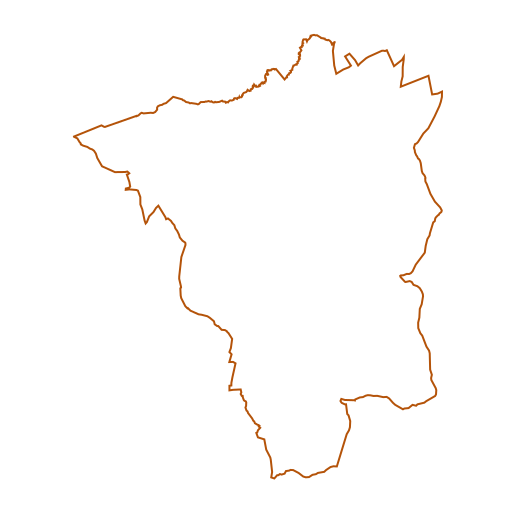 Voslabeni, Harghita, Romania (Robinson projection), rotated 91°
{"feature_id": "2599482B3089153619350", "entity_name": "Voslabeni", "entity_type": "district", "adm_level": 2, "iso_a3": "ROU", "parent_name": "Romania", "parent_adm1": "Harghita", "projection": "robinson", "projection_center": [25.647, 46.621], "detail": "fine", "context": "isolated", "style": "outline", "palette": "amber", "viewbox_px": 512, "rotation_deg": 91, "n_neighbors": 0, "source": "geoboundaries", "source_scale": "gbopen_adm2", "svg_char_len": 5901}
<svg xmlns="http://www.w3.org/2000/svg" viewBox="0 0 512 512"><g transform="rotate(91 256 256)"><path d="M390.8,280.2L390.2,276.6L389.7,269.0L392.6,268.3L394.2,268.9L396.1,267.8L396.1,266.9L397.6,266.7L400.2,265.7L400.8,265.2L401.6,263.6L402.6,263.2L406.1,263.3L407.7,263.9L410.7,262.8L411.6,261.7L413.0,261.3L418.5,257.0L420.8,255.8L421.4,254.9L423.2,254.2L424.7,251.6L425.0,250.5L425.7,249.6L426.5,250.2L427.7,248.8L430.2,251.0L432.4,251.7L432.9,252.6L437.3,250.9L439.2,244.5L449.4,242.4L457.2,238.2L459.3,237.7L471.7,236.1L477.1,236.9L478.1,233.8L474.8,231.0L474.8,229.8L473.6,228.3L474.1,226.6L473.1,223.6L470.5,222.3L470.0,219.1L469.3,217.8L469.4,215.1L472.2,209.6L475.7,204.9L476.4,202.3L476.1,199.1L473.8,195.7L473.1,192.3L471.8,190.3L470.6,184.0L468.8,182.2L465.7,177.8L464.9,174.9L465.0,171.5L432.6,162.2L428.7,160.0L425.6,159.1L419.4,158.9L413.7,160.7L412.4,162.0L402.7,163.4L402.8,164.5L401.4,167.6L400.8,168.2L399.5,169.0L397.4,168.2L398.4,164.6L398.5,155.0L398.7,154.6L397.7,154.3L395.6,149.7L395.2,146.6L393.8,144.0L393.2,141.9L393.3,139.2L393.9,136.1L393.7,132.3L394.9,126.3L394.6,122.9L396.1,120.4L400.4,116.5L402.4,114.2L406.7,106.4L405.9,105.0L405.4,100.8L402.1,96.9L402.9,93.3L401.5,92.0L399.7,85.1L398.2,83.3L392.8,74.4L391.2,73.6L387.0,73.4L385.0,74.0L377.0,78.5L375.0,78.8L371.7,78.1L366.6,79.9L350.3,80.6L347.6,81.3L343.6,84.0L332.7,88.4L330.4,90.3L325.3,92.5L319.8,92.7L314.8,91.6L306.0,91.3L301.4,89.5L293.4,88.3L291.3,88.5L288.6,89.6L285.3,91.7L283.4,94.1L282.1,98.0L279.2,99.9L278.4,101.9L279.4,106.0L279.2,106.6L274.5,111.1L273.4,111.5L272.9,110.9L272.7,108.3L271.3,105.0L271.3,102.6L270.5,100.9L268.6,99.2L261.8,96.1L249.7,87.3L242.9,86.5L236.2,85.0L232.4,82.8L230.2,82.5L219.3,79.4L218.1,77.9L215.2,77.4L214.1,76.7L212.0,74.7L211.7,74.0L210.3,73.3L208.8,71.5L207.6,71.1L207.1,71.1L204.2,72.7L198.5,78.1L190.8,82.7L181.1,86.5L178.6,87.9L175.6,88.2L175.1,87.9L173.6,88.4L172.3,89.1L170.3,90.9L168.1,91.7L160.3,92.9L157.9,93.7L156.3,94.7L155.7,95.7L153.5,96.7L152.6,97.5L149.4,98.9L147.5,99.1L145.1,100.0L141.4,99.0L140.7,97.4L139.2,96.0L130.6,90.8L125.3,85.9L113.4,79.9L103.0,75.3L98.6,73.9L93.8,72.9L88.4,72.9L90.5,77.2L91.4,82.7L72.8,86.7L84.2,114.2L79.0,113.7L73.8,112.5L64.4,112.6L56.6,111.7L54.4,111.7L57.3,113.4L63.8,121.3L48.0,128.8L48.8,130.5L48.5,132.2L48.6,133.7L54.8,146.8L56.3,149.3L61.4,155.1L63.7,157.2L58.5,160.3L52.1,166.1L54.9,170.4L64.0,164.4L65.7,166.5L68.0,172.0L72.4,178.9L64.2,181.1L49.6,182.7L42.5,181.7L40.9,181.1L40.8,181.4L42.2,182.4L42.0,183.1L43.1,183.1L43.4,183.6L40.5,184.9L39.2,186.4L38.7,187.5L39.0,188.3L38.4,190.5L37.4,191.1L37.5,192.1L37.0,192.9L37.2,193.5L36.8,194.9L36.5,195.0L34.2,198.9L34.4,200.2L33.9,201.8L34.4,204.0L35.5,204.7L35.1,205.3L37.4,206.0L38.7,207.4L39.0,208.2L40.5,208.8L38.5,209.6L38.6,212.3L39.0,212.6L41.1,213.2L41.8,213.2L42.3,212.6L43.0,213.3L44.7,212.9L44.8,213.7L46.2,213.9L46.1,214.4L47.0,215.7L49.6,214.2L51.5,215.5L52.3,216.3L52.1,216.5L52.4,216.8L53.4,216.8L53.9,216.1L53.8,215.5L55.2,215.4L56.3,216.6L57.3,215.8L57.6,216.4L58.3,216.4L58.7,216.0L59.4,216.8L60.5,216.9L61.1,218.0L62.4,217.6L63.1,218.4L64.0,218.7L63.7,219.5L64.9,221.2L64.9,221.9L68.1,223.0L69.2,222.9L70.2,224.7L70.6,224.2L71.8,224.3L72.5,225.2L72.6,226.0L73.8,226.3L73.7,226.5L74.2,227.2L75.7,228.3L76.8,228.1L76.9,228.8L79.0,230.5L68.7,239.3L69.2,240.4L68.7,240.7L68.8,241.6L68.6,242.1L69.1,242.9L69.1,243.7L70.2,244.4L70.0,245.5L70.4,246.1L70.1,246.2L69.8,247.2L70.0,247.8L71.6,248.3L72.9,247.9L73.1,247.0L73.2,247.5L74.4,247.0L74.7,247.5L73.8,248.7L73.9,249.2L75.6,250.0L77.3,250.0L77.9,249.3L78.6,249.7L79.2,249.1L79.9,249.1L81.4,249.4L81.6,250.4L82.8,250.5L82.6,251.0L83.2,251.6L82.6,251.7L82.9,252.3L82.3,252.7L82.5,253.2L82.9,253.1L83.7,254.2L84.5,254.5L84.7,255.4L85.1,255.3L85.5,255.8L86.0,255.3L86.6,256.5L86.9,258.7L85.7,259.0L85.9,259.9L84.6,260.9L85.6,261.2L85.4,261.5L85.7,262.1L87.0,262.3L87.6,261.8L89.0,262.7L89.0,263.6L89.5,264.2L90.8,264.2L91.2,265.6L90.0,267.3L91.4,267.9L92.3,268.7L93.1,271.0L93.7,271.6L94.8,272.3L95.2,272.1L95.7,272.8L96.8,272.7L97.6,273.6L97.5,275.0L97.8,275.4L97.5,275.5L98.1,275.7L98.2,277.3L99.3,277.7L98.5,279.7L98.9,280.7L100.2,281.0L101.0,282.9L100.8,284.6L101.9,286.0L102.9,286.6L102.6,287.8L103.3,288.8L102.2,289.6L102.1,291.8L101.3,292.6L102.6,295.5L103.0,298.8L102.6,299.6L103.2,300.5L103.2,301.5L102.1,303.3L102.5,303.7L102.4,304.7L101.9,306.1L102.5,308.2L102.4,309.0L102.9,310.2L103.1,314.0L105.1,315.9L105.4,316.8L104.9,318.2L104.2,323.5L104.5,324.7L103.7,326.0L103.3,328.6L101.8,330.5L101.5,331.8L100.7,332.5L98.3,341.6L104.7,348.6L105.5,351.2L106.4,352.3L107.0,354.8L108.1,356.8L109.5,357.5L111.4,357.4L113.8,359.3L114.5,360.7L114.8,361.4L114.6,363.7L115.4,370.9L114.8,372.8L115.5,374.0L117.5,376.0L118.3,377.9L118.0,378.0L129.6,409.3L129.5,410.1L128.1,412.8L140.1,440.9L139.9,440.2L141.5,436.7L145.2,434.4L146.5,433.2L147.5,433.1L148.7,430.7L149.9,426.5L151.5,424.0L152.3,421.6L153.6,419.8L156.4,417.9L160.8,416.4L169.0,411.5L174.6,398.5L174.3,388.3L173.8,386.1L175.5,384.2L176.8,385.8L176.9,386.5L184.2,383.9L188.8,383.0L190.0,384.2L190.8,387.3L192.1,387.4L191.6,383.6L192.1,376.7L192.7,375.2L199.1,372.7L206.5,372.5L211.4,370.5L222.5,368.0L225.4,366.9L224.0,365.7L218.2,363.5L213.9,359.3L209.7,356.8L207.4,354.5L218.7,347.3L220.8,346.5L220.0,344.7L222.4,341.6L224.4,340.3L226.6,338.2L229.9,337.1L232.2,335.3L235.9,333.4L238.8,332.5L242.0,329.8L243.7,327.2L244.3,326.8L246.2,326.7L258.3,330.6L277.7,332.4L280.2,332.4L287.8,330.5L288.9,330.4L289.6,331.1L296.9,330.6L299.5,330.0L307.4,325.8L309.6,323.6L309.3,323.2L311.8,320.6L315.3,312.4L315.7,309.3L317.1,303.5L318.6,301.1L322.0,296.9L325.0,296.1L326.7,293.6L326.7,292.5L330.4,289.1L330.6,285.8L331.7,283.9L332.8,283.2L333.4,282.3L339.3,278.4L348.5,279.5L352.5,280.9L354.7,278.7L362.5,280.8L362.3,277.1L363.7,274.6L377.9,277.5L383.3,278.4L385.9,278.4L386.2,280.3L390.8,280.2Z" fill="none" stroke="#b45309" stroke-width="2"/></g></svg>